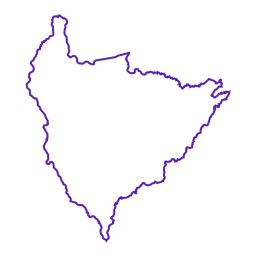 Lilongwe, Lilongwe, Malawi (orthographic projection)
{"feature_id": "42251766B26147222520266", "entity_name": "Lilongwe", "entity_type": "district", "adm_level": 2, "iso_a3": "MWI", "parent_name": "Malawi", "parent_adm1": "Lilongwe", "projection": "orthographic", "projection_center": [33.601, -14.039], "detail": "fine", "context": "isolated", "style": "outline", "palette": "violet", "viewbox_px": 256, "rotation_deg": 0, "n_neighbors": 0, "source": "geoboundaries", "source_scale": "gbopen_adm2", "svg_char_len": 5695}
<svg xmlns="http://www.w3.org/2000/svg" viewBox="0 0 256 256"><path d="M229.4,91.8L228.6,92.2L227.1,91.6L226.5,91.9L226.1,91.7L225.7,92.0L225.9,92.7L225.4,93.2L225.0,93.2L224.3,92.4L224.1,93.1L223.2,92.7L222.0,93.8L221.2,92.8L219.7,94.1L218.7,93.8L217.5,95.7L214.7,97.6L214.0,97.4L213.0,95.9L212.2,96.1L211.4,95.6L215.3,89.8L216.7,89.2L218.7,86.8L219.7,86.5L221.6,86.7L221.3,85.4L221.9,83.5L220.4,82.2L221.0,79.9L220.6,79.6L219.5,80.3L219.6,81.5L217.0,83.3L216.2,83.5L215.7,83.2L215.6,82.1L214.1,80.9L208.9,79.0L206.0,82.0L203.6,83.9L201.3,83.6L201.3,84.4L200.2,84.9L199.5,86.5L199.0,86.5L198.8,85.5L198.5,85.3L197.8,85.9L196.0,86.1L195.1,85.6L194.3,86.5L193.6,86.3L193.1,86.7L192.2,86.1L190.3,87.1L190.0,86.1L189.3,85.4L188.0,85.4L188.0,84.5L186.7,84.5L186.2,85.8L185.4,85.8L184.2,86.4L183.9,87.3L182.3,88.5L181.5,87.1L180.4,86.2L179.8,86.2L179.9,84.2L179.0,84.2L179.6,83.6L179.4,82.2L178.7,81.3L177.5,80.7L176.7,79.3L176.0,80.0L175.6,79.1L174.4,78.4L174.0,78.7L172.4,78.9L171.7,77.7L170.7,78.0L169.5,76.3L168.6,77.1L167.1,76.6L166.4,76.8L166.5,77.2L165.5,76.9L164.7,75.8L165.0,75.3L163.8,73.7L162.6,74.0L161.8,73.4L161.0,74.4L160.2,74.0L159.7,73.2L157.7,72.1L157.0,72.4L156.9,73.3L156.2,72.7L155.6,72.8L154.8,72.4L153.7,73.4L152.4,72.2L150.0,71.8L149.4,72.4L148.4,72.3L148.0,72.6L147.2,72.3L146.4,72.6L145.8,73.4L145.8,74.0L145.1,74.5L142.8,74.4L141.7,73.6L140.5,71.5L139.5,71.0L138.7,71.1L137.9,69.1L135.5,69.1L134.7,70.3L134.9,72.0L134.3,72.9L133.5,72.8L131.7,73.3L130.0,72.9L127.8,71.2L127.2,70.1L128.7,66.8L128.2,65.0L128.4,63.3L127.3,61.5L127.1,60.5L126.0,59.3L127.0,56.6L128.8,54.3L129.0,52.9L117.7,55.8L116.1,56.9L115.1,57.2L95.7,60.5L94.4,61.3L94.0,62.5L94.0,63.9L93.1,64.3L91.4,64.2L88.9,62.9L88.1,61.9L86.5,61.6L85.5,61.7L82.8,63.7L78.5,63.3L77.0,61.3L77.2,59.2L76.8,58.4L75.2,56.2L74.2,55.9L73.0,56.1L70.2,57.4L68.0,55.4L68.0,54.2L69.4,51.0L68.6,48.3L68.8,46.4L67.9,44.0L66.8,42.4L66.7,37.3L64.9,34.7L64.4,33.3L64.7,29.5L65.5,27.6L65.3,25.0L66.9,23.1L67.3,21.4L66.1,19.4L64.4,18.3L63.3,18.4L60.3,15.9L59.2,15.4L58.5,15.5L58.6,16.4L58.0,17.2L56.5,16.2L53.7,16.7L52.8,18.0L52.6,19.3L52.1,19.8L52.7,21.6L51.9,23.4L51.6,25.0L53.0,26.5L52.8,28.0L53.4,32.8L53.2,35.2L52.1,35.8L50.4,35.9L49.6,36.7L48.8,38.6L46.4,39.2L45.9,40.7L44.2,40.9L44.3,42.0L43.2,42.0L41.9,42.4L42.2,43.1L41.9,44.1L40.7,45.0L41.2,46.1L39.9,47.0L40.2,48.0L40.1,49.2L38.6,49.4L37.3,50.4L37.2,53.3L36.1,54.7L35.8,56.4L33.8,58.6L33.7,60.0L31.5,61.5L31.0,62.3L30.8,63.5L33.4,66.9L33.8,69.5L32.8,71.3L31.8,72.0L30.3,72.6L29.3,73.8L29.0,77.6L30.0,78.3L30.1,80.2L28.8,82.0L26.9,83.8L26.6,84.6L26.9,86.7L27.4,87.9L29.8,90.2L30.0,93.7L30.3,95.1L31.5,95.7L34.0,98.2L36.4,98.5L37.2,101.0L37.7,101.7L38.0,105.3L40.2,107.8L40.2,109.0L44.8,114.5L45.9,117.7L47.7,120.5L47.5,123.3L48.1,123.4L47.9,124.3L47.0,125.1L44.1,125.4L43.4,127.1L47.6,134.3L47.3,135.1L47.6,137.2L46.6,139.0L47.2,139.1L47.1,140.2L46.2,141.2L43.8,146.0L44.4,149.2L45.4,150.2L48.1,154.7L48.2,159.6L46.4,161.6L46.7,163.3L47.7,164.0L49.1,164.0L49.8,162.9L49.8,162.2L51.8,161.9L53.3,163.3L53.9,167.6L56.7,170.4L57.4,171.7L58.4,175.8L60.3,176.9L61.6,180.7L63.3,183.2L63.3,184.2L65.2,184.8L65.9,186.2L65.9,188.2L66.7,189.5L67.0,191.0L66.3,192.2L66.3,193.0L68.0,194.5L68.8,196.4L69.8,197.3L70.7,198.7L70.8,200.4L70.4,201.0L72.9,202.0L74.6,202.2L76.7,203.4L77.1,204.3L79.1,205.1L80.8,205.0L81.4,205.4L82.4,205.0L83.4,206.3L85.5,207.9L85.9,209.6L86.8,210.9L86.7,212.5L88.3,213.1L88.1,215.2L89.3,216.2L89.5,217.0L90.3,217.2L92.2,216.2L93.2,216.2L94.9,217.1L95.4,218.4L97.1,219.2L98.1,220.7L98.6,222.5L99.2,222.1L101.5,227.1L101.6,228.3L100.6,229.7L100.4,230.5L100.8,233.7L102.6,235.7L102.8,237.5L103.3,238.5L106.0,239.9L106.3,240.6L106.9,239.7L108.2,238.8L108.8,237.7L108.8,237.0L107.1,232.3L108.7,229.6L109.0,226.2L110.5,224.7L113.1,223.4L112.9,221.9L113.8,220.7L111.1,217.9L111.9,216.9L112.5,216.8L113.2,216.0L113.2,215.6L114.1,214.2L114.2,212.5L114.5,212.1L114.0,210.1L115.3,207.4L115.4,206.0L114.8,205.3L114.9,204.6L115.4,203.3L116.3,204.0L117.3,203.6L117.3,202.0L117.9,201.3L119.4,198.3L120.1,198.3L120.6,197.4L121.2,197.2L121.9,197.5L121.9,198.5L123.9,197.9L125.4,197.9L128.4,196.8L129.7,195.7L130.9,195.4L132.4,192.7L133.7,191.9L135.4,193.2L136.1,193.1L135.7,192.4L136.2,191.5L135.7,191.3L135.6,190.4L136.2,190.0L136.3,189.3L137.0,188.8L137.0,188.1L139.5,187.2L140.4,185.9L140.8,185.8L140.9,185.1L141.7,184.7L143.0,183.0L144.3,183.2L145.0,184.1L146.4,185.1L148.6,185.3L151.1,184.5L151.9,183.5L153.7,183.2L154.5,182.7L155.1,181.7L155.6,182.1L156.3,182.1L156.6,182.7L157.3,183.0L161.5,181.8L162.3,180.8L163.2,180.9L163.5,179.5L164.5,178.6L164.7,178.0L164.7,176.9L164.0,176.0L163.9,174.3L164.6,172.3L164.0,171.1L164.1,167.3L166.0,164.5L164.8,162.9L165.3,161.7L166.0,161.4L167.4,161.9L168.8,161.8L169.4,161.4L170.4,161.5L171.5,160.3L171.8,159.3L172.9,159.1L174.4,159.7L175.1,161.5L175.9,160.9L176.5,161.3L177.2,160.6L177.6,159.2L178.4,159.7L179.4,159.8L182.0,157.8L183.7,157.4L183.5,156.3L184.0,155.4L184.2,154.2L186.3,151.6L186.0,150.8L186.5,149.2L186.1,148.9L186.9,147.4L187.4,147.2L189.7,148.0L191.8,147.6L192.2,145.0L192.8,144.2L192.4,143.1L193.8,141.4L193.3,140.6L194.0,139.0L194.0,138.0L194.5,137.4L195.5,137.3L196.5,136.7L196.7,135.2L197.2,135.0L197.2,134.5L198.2,133.5L200.5,132.8L200.6,129.9L201.1,129.2L201.1,128.3L202.3,126.4L202.8,126.5L203.2,125.4L203.7,125.1L204.7,124.9L206.7,125.5L207.8,124.8L209.5,119.8L209.9,117.7L210.7,117.1L211.9,114.6L213.1,113.9L214.6,110.7L215.5,107.0L214.7,106.8L214.2,107.6L214.2,106.7L215.6,105.5L216.8,106.3L217.6,106.0L218.2,107.2L218.7,107.1L219.1,105.5L218.7,104.2L220.5,103.6L222.2,100.0L223.6,99.9L224.5,99.2L225.7,99.6L226.5,99.2L226.2,98.3L228.6,94.8L229.4,91.8Z" fill="none" stroke="#5b21b6" stroke-width="2"/></svg>